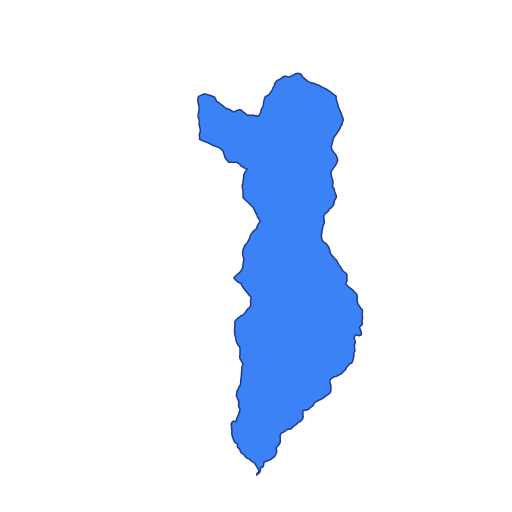 the district of Nyisho, Wangdi Phodrang, Bhutan, rotated 306°
{"feature_id": "84629894B40037951494601", "entity_name": "Nyisho", "entity_type": "district", "adm_level": 2, "iso_a3": "BTN", "parent_name": "Bhutan", "parent_adm1": "Wangdi Phodrang", "projection": "equal_earth", "projection_center": [90.07, 27.567], "detail": "fine", "context": "isolated", "style": "filled", "palette": "blue", "viewbox_px": 512, "rotation_deg": 306, "n_neighbors": 0, "source": "geoboundaries", "source_scale": "gbopen_adm2", "svg_char_len": 6123}
<svg xmlns="http://www.w3.org/2000/svg" viewBox="0 0 512 512"><g transform="rotate(306 256 256)"><path d="M285.5,351.5L285.3,350.4L285.8,347.1L285.8,345.4L286.7,344.8L289.4,344.2L291.2,342.8L293.9,341.0L294.5,340.2L295.0,338.0L294.9,336.4L295.1,335.2L295.6,333.6L297.2,329.8L297.6,327.7L298.3,326.9L299.3,324.8L300.0,323.0L300.2,320.9L300.6,319.7L301.1,316.9L301.8,314.9L305.2,310.8L306.3,308.7L307.3,304.8L307.1,303.6L307.1,302.4L307.8,300.1L309.4,298.2L310.9,297.0L312.3,296.1L317.6,293.5L319.0,292.8L322.4,291.9L324.0,291.1L327.3,287.9L329.4,287.1L330.7,287.0L333.2,287.8L335.5,288.1L336.5,287.7L337.8,287.9L339.4,288.6L342.3,288.7L343.6,288.6L346.1,287.2L347.5,286.8L350.1,286.7L351.9,285.7L353.2,283.7L353.6,282.7L354.8,281.2L356.1,280.1L356.9,278.2L357.4,276.6L359.8,275.8L361.4,274.7L363.5,271.9L367.3,267.5L368.6,267.2L370.2,267.0L375.1,267.0L378.6,266.7L381.6,265.7L383.2,263.9L384.8,261.0L385.4,258.6L386.6,254.9L388.3,252.9L391.4,251.5L393.4,250.9L396.2,249.6L399.3,249.3L403.3,249.3L408.2,249.0L411.0,248.3L413.1,248.2L414.6,247.4L416.9,246.8L418.0,246.1L418.8,245.0L419.7,243.6L420.5,242.5L422.2,239.9L424.6,235.7L427.4,232.1L428.3,230.9L430.8,227.9L432.3,227.0L432.5,226.2L432.2,224.1L432.5,221.4L432.4,215.6L432.3,214.1L431.4,210.1L431.3,207.1L430.6,205.2L430.0,202.7L430.0,201.6L429.1,200.4L428.2,198.3L427.9,196.6L427.9,193.7L428.2,190.5L428.1,189.3L428.6,187.8L429.6,185.4L428.6,182.7L426.8,181.0L423.5,179.5L421.9,178.5L420.7,177.9L419.6,176.4L418.7,174.0L418.3,173.4L415.6,172.2L413.3,171.6L410.5,170.0L409.2,169.7L406.5,169.8L403.8,171.0L402.4,170.8L400.1,171.5L397.1,171.7L393.4,171.5L391.5,170.4L390.3,169.9L388.7,170.3L384.9,171.7L382.3,173.3L381.4,173.7L377.3,174.1L375.1,175.4L373.3,175.5L371.8,175.9L370.6,175.8L369.7,173.9L368.5,172.2L368.3,170.7L367.4,170.0L365.9,167.5L364.7,166.2L365.0,164.2L365.1,162.0L365.0,160.4L365.3,158.1L365.0,157.4L364.7,156.7L361.9,154.5L359.9,153.8L359.3,153.2L359.3,151.2L358.9,149.3L358.8,147.2L357.9,146.0L357.8,143.6L358.1,140.7L358.1,137.8L358.2,135.7L358.0,134.1L358.1,132.8L359.2,131.3L360.2,129.0L359.9,128.0L359.4,125.7L358.1,122.0L356.9,119.2L355.9,118.3L351.2,115.7L348.1,117.1L346.0,119.0L343.9,121.5L342.4,123.1L339.7,124.5L335.4,126.7L333.8,128.1L333.4,129.3L331.3,131.2L329.2,132.4L327.5,134.2L326.5,135.6L325.2,136.8L323.6,138.0L322.6,138.1L321.4,138.6L320.0,139.4L319.0,140.7L317.2,141.7L317.4,143.0L319.2,149.9L319.8,153.3L320.1,155.8L321.7,161.2L322.1,164.5L321.7,166.8L320.5,169.1L318.4,171.8L317.3,173.4L315.8,178.3L316.4,180.0L317.6,181.1L318.4,182.6L320.0,184.5L320.6,186.1L320.7,188.6L320.1,190.7L320.2,193.2L320.7,196.7L321.1,197.8L317.2,197.9L314.8,198.3L312.2,199.9L309.7,201.1L307.2,202.6L306.4,203.0L305.2,203.2L303.8,204.3L302.5,205.6L302.0,206.4L295.7,211.2L295.1,214.4L294.0,223.0L293.4,225.8L290.8,230.2L289.8,232.7L288.3,234.4L287.0,238.4L286.0,239.0L283.1,239.1L281.3,239.4L279.0,240.0L277.7,240.2L275.9,239.7L274.5,239.2L272.7,239.3L270.4,239.3L269.1,239.4L267.0,240.2L264.4,240.8L261.9,241.1L260.0,241.0L258.5,240.6L257.1,241.0L254.6,241.6L254.0,241.6L250.8,243.2L249.1,244.4L248.1,245.8L247.0,247.6L246.0,248.2L243.2,249.5L239.0,252.0L236.1,252.5L234.3,252.6L226.5,251.0L225.3,251.0L224.7,253.2L224.3,256.9L224.7,258.8L224.8,260.2L224.0,261.6L222.4,265.7L222.0,267.2L221.2,270.6L220.3,273.7L219.9,276.4L218.0,277.2L215.9,278.2L215.3,278.9L213.9,280.1L212.3,281.0L210.5,281.0L207.9,280.4L203.7,280.5L202.3,280.4L200.5,280.3L198.9,279.0L193.4,277.5L191.3,277.4L189.8,277.7L188.6,279.0L187.6,279.7L184.7,281.3L182.0,283.2L179.2,285.8L178.5,287.0L177.0,288.5L175.1,290.6L173.4,293.8L172.9,296.0L172.2,297.0L170.9,298.1L166.3,301.3L165.0,301.9L163.8,303.1L162.4,305.9L161.1,308.7L160.0,309.4L158.0,309.8L155.5,311.5L154.1,312.2L150.8,314.4L146.2,316.9L144.6,318.1L142.2,319.2L139.5,319.2L138.4,319.9L137.1,319.8L134.7,320.3L133.1,321.6L131.7,321.9L131.1,322.5L130.3,324.2L128.0,327.6L127.2,328.2L125.8,329.0L125.2,329.6L124.0,330.5L123.5,331.3L122.4,333.5L121.0,333.7L119.6,334.4L118.7,334.4L117.5,335.2L116.5,335.4L115.7,335.2L114.8,335.7L114.1,335.8L113.4,335.7L111.0,337.1L110.2,337.0L109.4,335.0L108.0,334.3L106.1,334.6L105.4,334.6L103.6,336.5L102.2,337.6L101.1,338.3L100.1,339.7L98.7,340.4L98.2,340.8L96.4,342.5L93.6,346.7L93.1,347.9L92.9,348.7L92.8,351.6L92.1,352.5L90.8,352.9L90.3,353.7L90.3,355.4L90.1,356.2L88.4,358.9L88.0,359.9L88.0,360.6L88.3,362.1L88.3,362.8L87.5,364.9L87.1,367.0L87.2,367.9L87.7,369.7L87.7,370.4L87.5,371.8L87.4,373.2L87.7,375.8L87.5,376.8L85.6,381.5L84.7,383.5L83.8,384.6L83.3,385.0L82.7,385.1L81.5,384.7L80.4,384.7L79.5,385.2L80.9,385.7L82.8,386.2L84.4,385.9L86.3,384.8L87.4,384.3L88.0,384.6L88.9,385.2L89.7,385.6L90.5,385.5L93.2,384.0L94.2,384.0L95.0,384.2L97.3,385.9L99.5,387.1L100.4,387.7L103.6,388.5L104.0,388.8L104.6,388.9L105.4,388.9L110.1,387.8L111.8,385.7L112.7,385.5L113.5,385.0L115.8,385.4L117.1,385.5L118.2,385.4L119.8,385.0L120.7,384.4L124.1,381.7L125.5,380.8L127.3,380.7L128.1,380.9L130.9,382.4L133.1,382.9L134.3,383.4L134.9,384.0L135.7,385.2L136.6,385.8L137.5,386.1L139.0,386.4L140.1,386.4L143.5,387.6L145.5,387.8L148.3,389.1L151.4,389.5L153.8,388.6L155.0,387.4L156.2,386.6L156.5,386.0L157.9,385.2L158.9,385.1L161.0,387.4L163.2,388.7L165.7,389.1L167.4,389.8L168.2,390.0L169.7,390.0L171.8,389.6L173.2,390.0L174.8,391.1L176.3,391.5L177.7,392.6L180.0,393.6L184.1,394.8L186.7,395.9L188.8,396.3L190.2,396.1L192.1,395.0L194.2,393.5L195.9,392.0L197.3,389.9L198.6,389.1L199.8,388.8L202.0,389.2L203.9,390.0L205.6,391.5L207.5,392.6L209.4,393.4L211.0,394.4L212.6,394.4L216.8,395.2L218.7,394.8L222.9,395.0L224.1,395.2L225.2,396.3L226.0,396.3L228.2,395.9L231.0,394.6L232.0,394.3L233.3,393.6L233.8,392.8L235.5,392.1L237.6,391.7L241.2,388.2L243.9,387.4L245.4,386.4L246.3,384.8L247.5,383.6L248.8,383.1L249.5,382.9L250.6,383.0L251.5,384.3L251.8,385.3L252.2,386.4L253.6,387.4L254.6,387.3L255.8,386.3L257.0,384.9L258.0,383.3L258.7,381.9L260.0,381.6L262.2,382.1L263.5,382.0L266.2,379.7L268.4,378.8L270.6,376.6L272.7,375.4L274.5,374.2L275.0,373.4L275.1,372.2L276.8,367.5L278.1,365.1L282.3,362.0L284.2,360.3L284.9,356.1L285.4,354.2L285.5,351.5Z" fill="#3b82f6" stroke="#1e3a8a" stroke-width="1.5"/></g></svg>